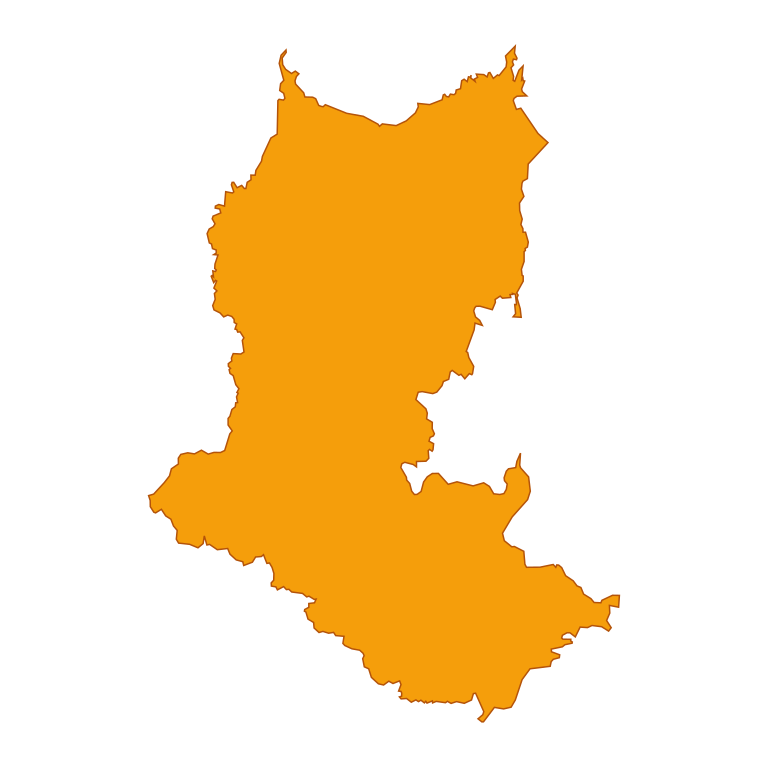 the district of Brebes, Jawa Tengah, Indonesia
{"feature_id": "22746128B82312103386068", "entity_name": "Brebes", "entity_type": "district", "adm_level": 2, "iso_a3": "IDN", "parent_name": "Indonesia", "parent_adm1": "Jawa Tengah", "projection": "natural_earth1", "projection_center": [108.937, -7.053], "detail": "fine", "context": "isolated", "style": "filled", "palette": "amber", "viewbox_px": 768, "rotation_deg": 0, "n_neighbors": 0, "source": "geoboundaries", "source_scale": "gbopen_adm2", "svg_char_len": 6056}
<svg xmlns="http://www.w3.org/2000/svg" viewBox="0 0 768 768"><path d="M611.2,627.7L606.6,620.5L609.8,613.1L609.4,605.4L618.6,607.2L619.4,595.4L612.5,595.3L601.9,600.3L600.9,602.8L594.1,602.5L590.9,598.6L583.6,594.1L580.9,587.5L577.0,585.9L573.2,580.8L565.6,575.7L561.7,567.6L558.7,565.1L556.8,564.9L555.8,567.3L553.2,564.5L540.0,567.2L526.5,567.3L524.9,564.2L523.8,551.3L514.4,546.5L511.8,546.8L504.3,540.7L502.5,533.2L512.2,516.9L527.6,499.6L530.3,491.2L528.6,476.9L520.6,467.9L519.7,465.2L520.5,453.1L516.9,461.3L515.7,467.6L508.5,468.8L506.3,471.2L504.1,477.8L504.5,480.7L507.2,484.0L506.3,489.4L503.9,493.6L499.8,494.5L493.7,493.8L489.4,486.4L483.7,482.8L473.1,485.9L457.0,481.8L448.2,484.3L438.4,473.4L432.3,473.5L427.3,476.8L423.6,482.0L421.1,491.5L417.1,494.4L414.4,494.5L411.7,491.2L409.7,483.5L406.7,480.1L406.4,477.2L400.8,467.5L401.9,463.7L404.8,462.3L413.2,464.5L416.5,466.9L416.5,461.5L426.0,461.2L428.8,458.3L428.2,450.7L429.6,449.4L432.1,451.2L433.0,449.8L433.6,443.7L429.0,441.2L430.1,437.4L433.4,435.9L434.4,433.8L432.2,428.7L432.3,422.3L426.6,418.9L427.3,413.2L425.9,408.8L415.9,399.6L418.2,392.2L422.2,391.6L432.8,393.6L436.8,392.1L442.0,385.7L443.4,381.5L448.7,379.3L450.2,372.0L452.2,370.4L458.9,375.3L461.1,374.3L464.8,378.8L469.3,373.6L471.8,374.7L472.5,373.7L473.7,366.4L468.8,357.5L467.7,352.5L466.2,351.5L474.1,329.9L475.0,323.1L482.3,325.4L479.7,320.4L475.5,316.9L473.7,310.9L474.8,307.7L476.1,306.3L480.0,306.2L492.3,309.7L495.4,302.3L495.1,299.5L500.2,296.1L502.4,298.2L510.8,297.5L510.0,294.6L512.7,294.4L512.5,293.4L515.3,294.3L516.4,302.8L516.3,304.6L514.7,304.5L515.6,313.7L513.1,316.8L521.2,317.3L520.2,308.7L517.0,297.9L518.1,295.1L516.7,293.0L523.2,281.2L523.2,276.0L522.1,275.3L521.4,269.3L524.1,261.5L524.1,251.6L525.4,250.5L525.1,248.5L527.4,247.1L528.3,242.1L525.5,232.2L523.0,232.2L522.9,228.6L520.9,224.5L522.2,219.1L519.7,210.7L519.5,203.0L523.9,196.4L521.4,189.1L522.0,183.3L522.9,181.1L527.4,178.6L528.2,164.0L548.0,142.6L538.0,133.5L520.8,108.2L516.4,109.4L513.3,100.7L514.0,98.4L517.0,96.2L526.8,95.9L522.3,91.7L521.6,89.0L524.7,81.0L523.2,80.7L522.8,78.2L521.7,79.7L523.1,65.9L519.0,70.1L514.7,81.3L513.1,80.3L513.6,76.4L511.0,67.8L513.6,64.9L512.4,61.9L513.4,59.1L516.5,59.7L517.0,58.2L514.5,53.2L515.2,46.1L505.5,56.0L506.7,62.1L506.1,66.9L499.1,75.6L497.5,74.9L493.3,78.4L489.9,72.5L488.5,72.9L487.1,76.9L483.8,74.6L476.3,74.1L477.6,77.4L474.3,79.1L475.1,81.4L470.8,78.0L471.1,75.1L470.4,77.2L468.5,76.8L467.2,81.6L464.1,79.2L461.7,80.7L460.5,88.7L456.2,90.0L455.6,93.4L454.0,94.7L450.4,94.1L448.7,96.9L446.4,96.5L444.7,94.3L443.3,94.9L442.1,99.8L429.7,104.6L417.8,103.4L418.3,106.9L415.4,112.9L406.2,120.9L396.2,125.6L382.3,123.9L379.5,126.3L378.0,124.2L363.3,116.3L346.7,113.3L325.3,104.7L323.2,106.7L321.3,106.4L318.7,105.4L315.7,98.7L312.7,97.2L304.9,97.0L303.7,92.8L295.6,84.1L295.0,80.9L296.4,76.5L298.9,73.8L295.3,71.1L291.5,73.5L285.6,69.3L282.7,64.7L282.2,58.0L286.2,52.4L286.0,50.0L281.1,55.2L279.2,63.4L283.8,80.3L280.6,83.7L279.7,90.5L283.7,93.3L284.9,98.3L283.5,100.1L279.1,99.3L277.9,100.6L277.2,134.1L270.9,138.0L262.4,156.4L261.5,161.2L255.9,170.4L255.2,175.2L250.9,175.1L251.0,179.8L247.2,182.3L245.9,188.5L244.3,188.5L241.7,185.4L237.1,187.7L233.7,182.3L232.1,182.4L231.4,184.8L233.8,191.9L232.5,193.0L225.7,191.7L224.5,206.1L218.8,204.5L215.4,206.1L215.2,208.1L219.7,209.0L220.8,212.9L213.1,216.1L212.2,218.8L215.0,223.8L213.3,226.6L209.2,229.0L207.1,233.6L209.3,242.9L211.5,244.0L212.5,248.6L216.2,250.0L216.2,253.1L213.8,254.6L218.0,255.0L215.0,264.0L214.7,268.5L216.3,270.0L215.5,271.5L212.8,270.9L213.5,276.9L212.1,275.5L211.2,276.2L213.7,282.6L215.5,280.3L216.7,281.0L213.9,288.1L216.9,290.9L214.4,293.5L215.2,299.3L212.7,305.6L214.0,309.9L220.0,312.9L223.7,316.9L227.7,315.1L231.7,316.4L234.1,319.3L234.2,322.5L236.7,323.9L235.0,329.1L236.7,329.5L237.7,332.1L240.1,331.9L243.9,337.8L242.3,340.4L244.0,352.0L240.8,354.0L233.2,353.6L231.4,358.1L231.8,361.0L228.3,363.6L228.4,366.3L230.5,368.4L229.1,369.6L230.0,373.4L233.2,375.6L235.8,384.7L238.9,388.7L236.9,392.5L238.2,393.2L236.5,396.9L237.6,402.6L235.7,402.8L235.3,406.8L231.9,409.5L229.9,416.3L228.1,418.4L228.1,425.0L232.2,430.9L229.8,433.9L224.7,450.5L220.5,452.5L214.0,452.4L208.2,454.1L201.4,450.2L194.5,453.9L187.7,452.8L180.8,454.4L178.3,458.2L178.4,464.0L171.4,468.8L169.5,475.9L164.3,482.6L153.7,494.1L148.6,495.6L150.2,500.5L150.3,506.7L153.8,512.2L155.6,512.9L161.4,509.3L165.7,515.9L170.9,519.2L173.5,526.0L177.2,530.4L176.3,539.2L178.6,543.1L189.6,544.3L198.0,547.8L203.1,543.6L204.3,535.9L206.9,545.0L209.6,544.4L217.3,549.7L227.7,548.5L230.0,554.2L236.2,559.9L242.8,561.7L243.7,565.5L252.4,562.2L255.6,557.0L261.4,556.5L263.5,554.7L266.9,563.4L269.5,563.0L272.1,567.5L273.9,573.5L273.7,580.2L271.2,582.9L271.4,586.1L275.9,586.9L277.4,589.9L283.6,586.6L286.4,589.6L288.9,589.3L291.7,592.0L302.5,593.4L306.7,596.9L309.0,596.2L314.2,599.4L316.1,599.1L314.5,602.8L308.8,603.5L308.8,607.3L304.7,609.5L304.4,611.2L305.9,612.0L308.0,619.1L313.6,622.5L314.1,628.0L319.0,632.5L322.9,631.4L328.6,633.2L333.6,632.4L335.7,635.6L344.0,636.3L342.9,643.4L344.8,645.5L351.9,648.8L359.7,650.2L363.1,653.3L364.1,655.7L362.7,658.7L364.3,666.8L368.7,668.8L371.4,677.4L378.4,683.8L383.6,685.0L388.8,681.2L393.0,683.5L399.6,680.9L401.0,684.6L398.6,691.1L401.0,691.4L401.7,693.1L401.6,696.2L399.4,696.9L401.1,698.9L406.6,698.5L411.3,702.2L415.9,699.9L418.5,701.6L420.9,700.2L424.4,702.9L425.8,701.3L427.0,703.1L432.4,700.9L432.6,702.9L436.2,701.4L445.5,702.7L447.4,701.3L451.1,703.4L456.5,701.6L464.3,703.3L471.5,700.0L473.4,693.6L475.6,693.2L483.8,711.6L482.8,714.7L478.0,718.8L481.9,721.9L483.5,721.8L494.4,707.4L503.6,708.9L511.1,707.2L515.3,700.0L522.1,679.6L530.0,668.8L550.2,666.3L551.2,661.6L553.3,659.3L559.3,657.7L559.7,654.8L551.5,651.8L551.3,649.1L562.4,646.8L564.9,644.7L572.1,643.2L572.3,642.0L570.7,640.9L570.8,639.3L562.9,639.2L561.7,638.0L562.4,635.3L566.9,632.8L570.0,632.8L575.3,636.9L580.1,627.1L587.5,627.6L592.0,625.5L601.6,626.7L608.6,631.1L611.2,627.7Z" fill="#f59e0b" stroke="#b45309" stroke-width="1.5"/></svg>